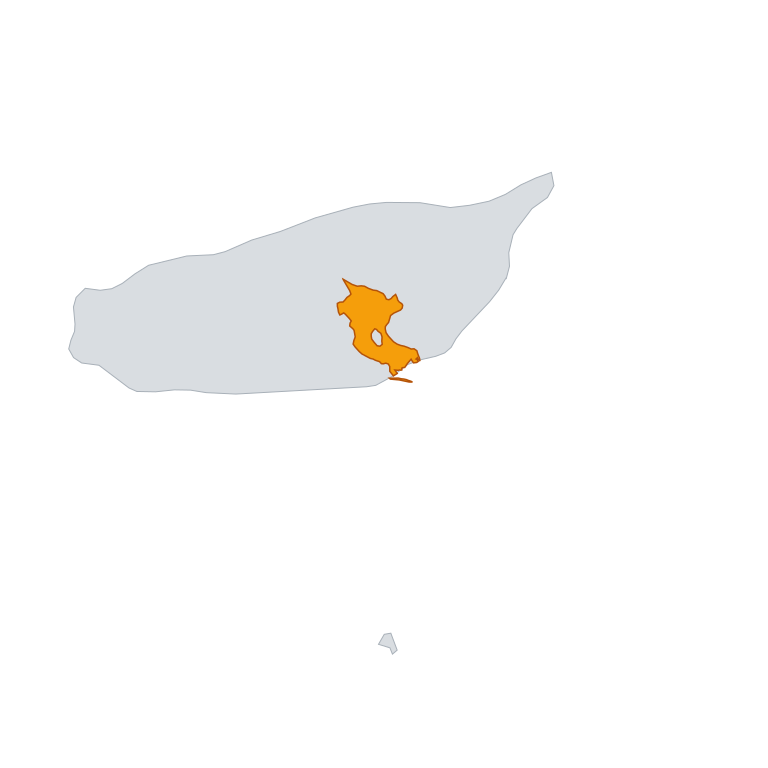 Taiwan, with Chiayi highlighted, rotated 239°
{"feature_id": "TWN-1170", "entity_name": "Chiayi", "entity_type": "County", "adm_level": 1, "iso_a3": "TWN", "parent_name": "Taiwan", "parent_adm1": "", "projection": "robinson", "projection_center": [120.419, 23.433], "detail": "fine", "context": "in_parent", "style": "filled", "palette": "amber", "viewbox_px": 768, "rotation_deg": 239, "n_neighbors": 0, "source": "natural_earth", "source_scale": "10m", "svg_char_len": 2624}
<svg xmlns="http://www.w3.org/2000/svg" viewBox="0 0 768 768"><g transform="rotate(239 384 384)"><path d="M501.1,531.7L493.1,549.4L486.6,568.1L484.0,585.7L484.2,603.9L482.4,620.3L479.2,636.5L466.5,631.8L459.7,620.2L458.1,601.1L448.9,578.1L445.5,571.5L432.3,558.6L420.3,552.2L411.0,542.7L412.2,543.5L405.4,530.7L400.2,517.0L389.4,478.3L385.7,469.0L380.8,460.4L379.4,452.0L381.1,442.6L385.7,428.6L388.5,414.4L386.3,395.2L387.1,376.2L390.6,367.7L451.7,251.8L468.2,227.1L478.4,215.0L486.9,201.4L495.0,184.1L504.9,168.3L511.9,163.4L546.9,149.3L557.7,135.7L566.5,131.5L576.4,131.8L582.8,138.2L588.5,145.9L594.5,150.0L610.0,157.5L616.8,164.7L619.9,177.2L610.5,189.0L605.9,199.7L605.0,211.4L606.7,227.4L607.0,243.4L595.3,280.9L582.7,304.3L579.3,315.9L575.5,344.8L568.1,373.9L561.8,410.6L551.5,448.5L545.7,464.4L538.4,479.6L520.9,508.2L501.1,531.7ZM163.7,245.2L169.3,255.3L166.9,261.5L149.1,258.2L148.1,252.1L154.8,253.2L163.7,245.2Z" fill="#d9dde1" stroke="#a8b0b8" stroke-width="1"/><path d="M385.1,426.6L387.0,426.5L388.6,425.7L389.3,426.0L388.9,424.3L387.8,425.2L386.9,424.9L385.7,424.9L385.6,423.1L386.9,420.2L388.7,420.0L391.3,420.0L389.5,414.6L387.5,410.3L388.4,408.4L388.4,407.4L386.9,406.6L387.1,405.7L388.0,404.6L388.4,403.3L390.4,400.5L386.2,400.8L386.1,396.2L386.6,396.2L391.9,395.5L396.0,397.9L398.9,398.0L400.9,396.3L401.7,393.7L402.8,392.2L405.4,391.7L408.8,388.8L411.0,387.5L412.9,385.5L421.0,380.6L424.5,379.5L430.7,378.3L434.1,378.1L436.7,380.5L439.2,383.6L445.4,386.0L447.3,385.8L451.4,384.5L453.7,386.3L454.9,388.4L458.0,388.0L463.8,386.8L465.7,386.1L465.7,384.3L465.9,381.7L466.1,381.7L469.1,382.0L472.5,383.4L474.5,384.0L477.1,385.5L476.9,388.3L475.4,391.0L476.0,393.5L477.3,396.9L477.5,400.0L478.1,402.0L481.8,402.7L494.5,402.8L494.9,402.9L485.8,407.9L481.6,411.4L479.9,415.0L477.8,417.7L474.0,419.9L470.0,423.1L467.8,425.9L461.8,429.8L458.9,430.1L455.5,429.7L453.7,431.6L453.6,434.2L454.4,436.6L454.8,440.1L450.7,439.6L448.9,439.0L446.4,439.3L443.7,440.6L441.9,440.6L439.7,438.7L438.9,436.3L439.7,428.9L439.3,424.9L434.4,419.6L433.5,416.9L432.5,414.7L430.5,413.4L427.0,412.2L422.8,412.4L415.3,413.9L411.4,415.8L408.4,418.2L406.1,420.7L402.8,423.4L400.0,425.3L398.7,427.9L395.6,429.3L392.1,428.4L387.7,427.7L385.1,426.6ZM429.0,407.4L432.4,406.0L434.6,405.7L436.1,404.5L434.8,401.0L433.6,398.9L431.6,397.7L428.8,396.6L424.9,397.0L420.3,397.8L418.5,400.0L418.9,402.9L421.9,404.2L425.4,406.6L429.0,407.4ZM372.8,406.5L379.7,399.1L384.9,392.0L386.2,391.6L381.7,399.3L379.5,401.6L378.1,403.5L376.2,405.5L374.7,406.6L372.5,408.5L371.0,409.4L372.8,406.5Z" fill="#f59e0b" stroke="#b45309" stroke-width="1.5"/></g></svg>